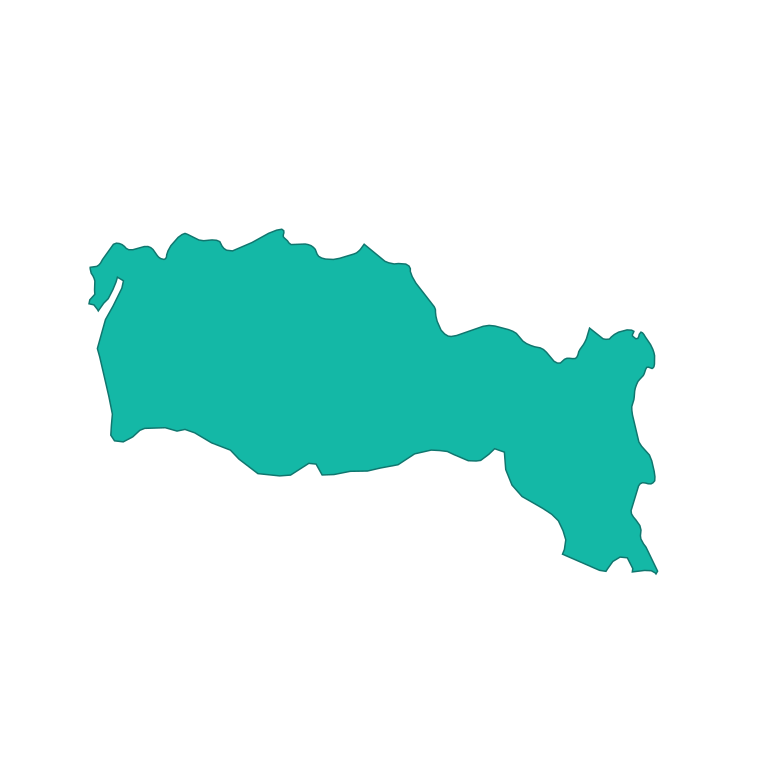 an SVG outline of Nicosia, rotated 196°
{"feature_id": "CYP-3464", "entity_name": "Nicosia", "entity_type": "District", "adm_level": 1, "iso_a3": "CYP", "parent_name": "Cyprus", "parent_adm1": "", "projection": "orthographic", "projection_center": [33.02, 35.04], "detail": "fine", "context": "isolated", "style": "filled", "palette": "teal", "viewbox_px": 768, "rotation_deg": 196, "n_neighbors": 0, "source": "natural_earth", "source_scale": "10m", "svg_char_len": 3442}
<svg xmlns="http://www.w3.org/2000/svg" viewBox="0 0 768 768"><g transform="rotate(196 384 384)"><path d="M627.4,255.1L632.5,259.5L634.6,268.9L636.8,280.2L644.9,295.9L652.2,309.1L664.7,331.6L669.3,339.1L669.4,353.6L669.5,369.2L665.9,384.4L662.4,403.9L662.9,411.4L669.7,413.2L669.7,408.2L670.6,400.1L672.6,390.0L675.7,384.4L678.8,375.5L680.0,376.7L684.7,380.1L689.7,379.8L690.0,383.8L686.7,390.5L688.2,394.8L690.3,403.2L691.7,405.5L693.6,407.7L696.0,409.8L697.9,413.2L698.5,414.6L698.6,415.2L692.5,417.9L690.9,419.8L689.8,422.1L688.9,426.0L682.6,443.7L680.1,445.6L677.2,446.1L674.2,445.8L671.4,444.7L669.2,443.3L666.4,442.7L662.5,443.8L652.4,450.0L648.8,451.1L645.8,450.8L643.1,449.6L637.3,444.9L635.6,443.8L633.1,443.0L629.8,443.1L628.6,444.2L628.1,445.9L628.5,448.4L628.3,452.6L627.0,458.2L622.3,468.2L619.3,472.0L616.8,473.9L614.1,473.7L601.6,471.4L596.9,472.0L589.0,475.1L584.5,476.0L581.1,475.6L577.7,471.9L575.3,470.2L572.2,469.2L566.3,470.2L549.9,483.6L536.5,497.0L529.6,502.3L524.9,504.6L522.6,503.7L521.9,501.7L521.9,499.6L521.4,497.8L520.0,496.9L516.2,495.0L514.3,493.4L511.8,492.4L498.4,496.8L495.5,497.1L492.3,496.9L489.5,495.9L487.2,494.5L484.1,490.4L482.0,488.7L478.6,487.9L474.5,488.0L466.9,489.8L461.3,492.6L448.9,500.6L446.6,502.4L445.0,504.7L443.9,506.6L441.6,512.9L416.9,502.2L412.9,501.8L407.3,502.2L403.3,503.8L396.1,505.3L392.5,504.3L390.5,502.2L389.7,499.4L386.5,495.0L381.2,489.8L357.1,472.2L355.8,470.7L355.0,469.5L354.3,467.2L352.8,463.5L350.2,458.9L344.0,451.5L339.5,448.8L335.5,447.7L332.5,448.2L327.6,450.6L304.6,466.8L299.1,469.3L293.4,470.3L279.2,470.6L274.7,470.2L270.7,469.1L262.3,463.5L258.1,462.1L253.7,461.5L249.4,461.3L243.8,461.8L240.2,461.1L236.6,459.3L226.8,452.7L223.0,451.9L220.2,452.8L217.3,457.5L215.3,459.1L212.5,459.9L209.6,460.4L207.0,461.3L205.9,463.4L205.6,465.9L205.7,468.7L205.1,471.5L203.1,477.0L202.4,480.1L201.9,483.3L201.8,494.4L185.8,487.8L183.0,488.1L179.7,489.3L178.5,491.8L176.2,495.1L172.8,498.5L165.3,503.0L160.8,504.0L158.3,503.5L158.4,502.0L158.8,500.2L158.4,498.6L154.4,496.9L152.6,497.8L152.2,499.8L152.3,502.2L151.3,504.7L149.6,504.4L147.8,503.2L145.9,501.4L138.7,495.4L135.2,491.5L133.2,488.6L131.7,485.8L129.5,477.7L129.3,475.2L129.6,474.0L130.6,472.8L134.6,473.1L136.0,472.4L136.5,470.3L136.7,465.6L137.1,463.6L139.4,459.1L140.6,456.4L141.1,453.0L141.3,449.6L141.1,446.4L139.9,440.6L139.5,437.8L139.6,430.5L138.5,427.0L136.6,422.7L123.0,398.5L119.3,395.2L109.3,388.9L105.4,383.9L100.2,374.5L98.0,369.5L97.1,365.6L98.2,363.2L99.8,361.6L102.6,360.9L105.4,360.9L108.3,360.4L110.2,358.8L111.2,356.2L111.6,330.4L110.3,327.4L107.6,324.9L104.2,322.6L99.0,318.4L96.7,314.4L95.7,308.9L94.4,305.9L90.5,301.9L87.2,299.4L69.4,279.5L70.2,276.4L71.3,277.2L75.6,278.2L82.2,276.6L93.5,271.8L94.0,275.2L102.2,284.0L109.4,282.7L115.1,276.5L118.2,267.8L119.0,265.1L125.4,264.3L131.6,265.1L152.5,267.9L165.5,269.6L165.0,274.7L166.3,284.3L171.5,292.4L178.7,300.6L186.8,305.0L197.1,308.2L220.3,313.9L233.1,322.1L243.4,335.3L249.5,351.7L259.8,352.3L263.8,345.4L270.0,337.2L274.2,335.4L281.9,333.5L297.3,335.4L304.5,336.6L312.1,335.4L320.4,333.5L335.3,325.3L348.2,310.3L364.6,302.1L375.9,295.8L392.3,290.8L407.1,283.2L418.4,279.5L427.2,288.3L434.4,287.0L448.7,270.7L459.0,266.9L480.5,263.1L502.7,271.8L513.4,278.1L533.5,279.9L552.5,284.9L562.8,285.5L570.0,281.7L582.2,281.7L601.8,275.4L605.9,272.2L610.9,264.0L618.7,256.5L627.4,255.1Z" fill="#14b8a6" stroke="#0f766e" stroke-width="1.5"/></g></svg>